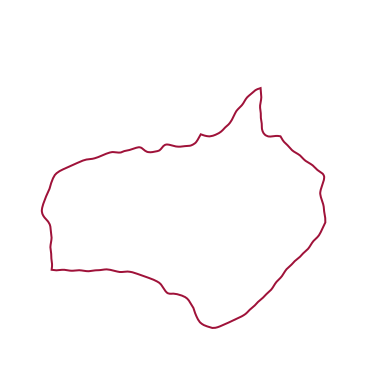 Cristobal, Independencia, Dominican Republic, rotated 290°
{"feature_id": "3306468B18266835565764", "entity_name": "Cristobal", "entity_type": "district", "adm_level": 2, "iso_a3": "DOM", "parent_name": "Dominican Republic", "parent_adm1": "Independencia", "projection": "mercator", "projection_center": [-71.278, 18.34], "detail": "fine", "context": "isolated", "style": "outline", "palette": "rose", "viewbox_px": 384, "rotation_deg": 290, "n_neighbors": 0, "source": "geoboundaries", "source_scale": "gbopen_adm2", "svg_char_len": 2694}
<svg xmlns="http://www.w3.org/2000/svg" viewBox="0 0 384 384"><g transform="rotate(290 192 192)"><path d="M70.9,86.7L72.0,91.3L74.4,96.4L75.2,98.5L76.4,104.4L77.1,106.6L79.9,112.7L80.5,115.0L81.5,119.7L82.2,122.0L85.3,127.9L87.1,132.2L89.2,136.2L90.1,138.2L90.9,141.8L91.7,149.0L92.1,151.4L92.9,153.6L95.2,158.6L95.8,161.0L96.2,163.5L96.4,168.7L96.5,180.6L96.4,185.9L96.0,189.7L95.5,192.2L94.5,194.5L89.7,201.1L88.8,203.0L88.6,204.1L88.8,205.9L90.2,209.6L90.9,213.0L91.2,217.9L90.9,221.5L90.2,223.9L89.0,226.1L83.5,233.0L79.2,236.4L76.7,238.7L74.3,241.2L72.3,244.0L71.5,246.2L71.0,248.6L70.9,252.1L71.2,257.6L72.4,260.4L73.7,262.3L75.2,264.1L81.8,271.0L92.1,281.2L93.9,282.7L95.7,284.0L97.6,285.0L101.0,286.5L106.9,289.8L111.2,291.6L117.1,294.9L121.4,296.8L127.3,299.8L129.6,300.5L134.3,301.5L136.6,302.2L141.6,304.5L143.8,305.3L149.6,306.6L151.9,307.3L157.9,310.4L162.2,312.2L168.0,315.6L172.3,317.4L178.3,320.5L180.6,321.2L185.2,322.2L187.5,322.9L192.5,325.3L194.7,326.1L198.3,326.7L209.0,327.7L213.1,326.1L219.0,322.8L223.2,320.8L225.3,319.5L231.2,314.9L233.3,313.6L234.4,313.0L235.7,312.6L238.2,312.2L248.4,311.8L250.7,311.3L251.7,310.9L252.6,310.2L253.3,309.4L253.9,308.5L255.6,302.3L258.3,296.3L258.9,294.0L260.1,288.1L260.9,286.0L263.3,281.0L263.9,278.7L264.8,274.0L265.5,271.7L268.6,265.8L270.5,261.5L271.7,259.6L274.6,256.1L274.1,253.7L273.3,251.5L270.9,246.7L270.3,244.6L270.4,242.3L270.7,241.1L271.7,239.2L273.2,237.6L275.0,236.3L276.0,235.8L280.2,234.1L285.1,231.4L289.5,229.7L294.4,227.2L296.6,226.4L302.5,225.3L304.8,224.7L313.1,220.9L311.0,218.3L309.4,216.8L301.7,212.4L299.7,211.4L297.4,210.7L292.7,209.8L290.4,209.1L285.4,206.8L283.2,206.0L280.8,205.6L273.5,204.8L270.0,204.0L267.9,203.2L264.0,201.1L260.7,199.7L258.6,198.6L256.5,197.1L253.8,194.5L252.1,192.5L250.8,190.4L250.2,189.3L249.6,186.9L249.3,184.5L249.2,180.5L243.0,179.5L240.6,178.9L239.5,178.5L238.5,177.9L236.7,176.5L235.2,174.9L234.6,173.9L232.7,169.7L230.7,165.7L229.9,163.6L229.3,161.3L228.6,154.3L228.1,152.2L227.6,151.3L227.0,150.5L225.4,149.4L221.8,148.1L220.0,147.2L218.7,145.7L216.0,141.2L215.1,139.3L214.5,137.1L214.4,136.0L214.7,133.9L216.2,129.4L216.2,128.5L216.1,127.4L215.7,126.4L214.5,124.5L210.1,118.9L207.3,114.4L204.8,111.6L204.0,109.8L202.6,104.4L202.2,103.3L201.0,101.3L198.7,98.4L192.7,91.9L190.4,89.0L189.1,87.0L186.4,81.7L184.2,78.7L179.9,74.1L169.1,63.0L166.3,60.4L163.3,58.3L161.0,57.3L157.3,56.7L152.3,56.6L146.3,57.0L138.0,56.4L129.9,56.3L126.0,56.6L123.5,57.1L122.3,57.6L120.4,58.8L118.9,60.3L117.6,62.1L115.0,66.9L112.9,69.4L111.1,70.7L101.0,75.7L98.7,76.3L94.0,77.2L91.7,77.8L85.8,80.8L81.4,82.6L76.5,85.1L74.3,85.9L70.9,86.7Z" fill="none" stroke="#9f1239" stroke-width="2"/></g></svg>